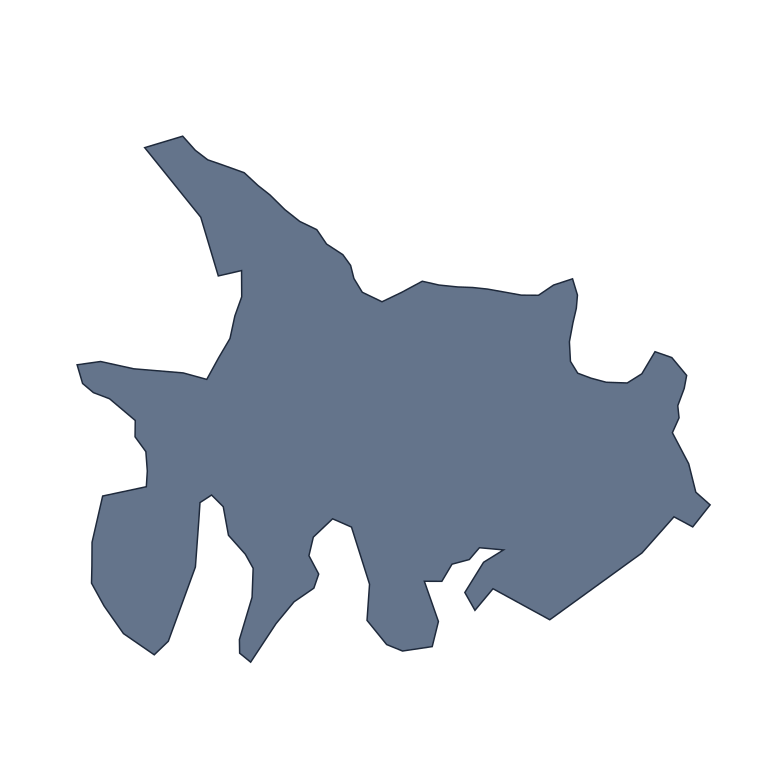 Rodeio Bonito, Rio Grande do Sul, Brazil, rotated 84°
{"feature_id": "56859067B52959959308117", "entity_name": "Rodeio Bonito", "entity_type": "district", "adm_level": 2, "iso_a3": "BRA", "parent_name": "Brazil", "parent_adm1": "Rio Grande do Sul", "projection": "natural_earth1", "projection_center": [-53.173, -27.461], "detail": "fine", "context": "isolated", "style": "filled", "palette": "slate", "viewbox_px": 768, "rotation_deg": 84, "n_neighbors": 0, "source": "geoboundaries", "source_scale": "gbopen_adm2", "svg_char_len": 1565}
<svg xmlns="http://www.w3.org/2000/svg" viewBox="0 0 768 768"><g transform="rotate(84 384 384)"><path d="M380.2,111.1L400.8,126.5L408.4,142.0L405.5,162.8L399.8,177.6L393.5,190.2L381.0,196.2L361.4,195.2L342.6,189.6L328.8,184.8L315.8,182.3L299.1,185.5L303.3,205.0L311.9,221.1L310.0,238.1L305.3,254.2L300.4,271.2L297.3,285.7L295.2,300.5L291.3,319.1L285.8,335.2L294.7,356.9L302.0,377.4L290.5,396.0L275.9,402.9L262.6,404.8L251.1,411.4L238.8,426.5L223.5,434.7L213.5,450.8L200.2,464.4L184.1,477.6L173.4,488.6L159.3,500.9L149.4,521.4L142.6,535.9L131.9,547.2L116.5,558.3L123.9,597.3L199.0,548.8L259.2,537.5L256.3,513.8L282.4,516.4L300.7,525.2L322.6,532.4L340.6,545.7L360.9,559.8L352.0,582.5L342.7,631.4L332.0,663.5L332.8,687.2L352.0,683.7L362.2,673.9L370.0,658.5L394.3,635.2L410.5,637.1L426.4,627.9L445.9,628.5L461.3,631.1L466.0,675.5L510.9,690.9L534.3,693.5L551.5,695.7L575.5,685.6L605.0,669.2L629.3,640.8L617.3,625.4L546.3,590.7L500.7,582.5L482.7,579.4L476.4,567.1L489.2,556.7L518.2,554.5L538.8,539.7L553.6,533.4L582.3,537.5L623.0,554.5L636.6,555.7L646.7,545.7L611.0,516.4L591.2,496.2L579.7,475.1L566.2,468.8L546.9,476.6L528.9,470.3L512.7,449.2L522.9,431.3L581.6,419.3L617.3,425.6L643.4,408.6L651.5,393.5L650.2,363.5L625.9,354.7L584.4,364.5L586.3,347.1L570.3,335.2L567.5,317.5L556.8,306.2L561.5,282.5L571.7,303.6L599.8,325.4L618.6,317.2L599.0,297.0L635.8,243.8L579.0,145.1L546.4,109.5L558.4,91.9L538.3,72.3L524.2,85.2L495.2,89.3L462.6,102.3L448.5,94.1L436.3,94.1L419.8,85.9L407.1,82.1L387.8,95.0L380.2,111.1Z" fill="#64748b" stroke="#1e293b" stroke-width="1.5"/></g></svg>